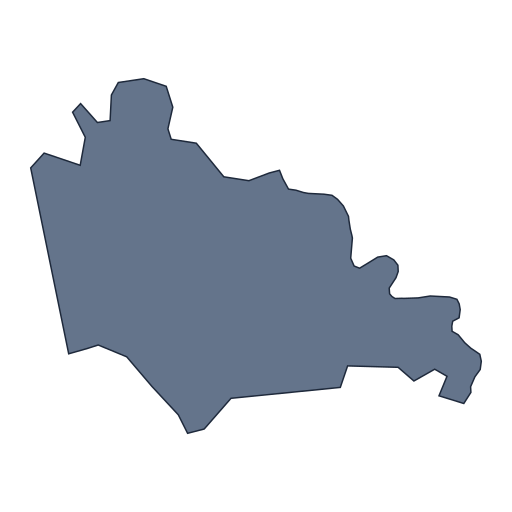 Saykhunabad, Sirdaryo, Uzbekistan
{"feature_id": "79887680B2941590396585", "entity_name": "Saykhunabad", "entity_type": "district", "adm_level": 2, "iso_a3": "UZB", "parent_name": "Uzbekistan", "parent_adm1": "Sirdaryo", "projection": "orthographic", "projection_center": [68.922, 40.647], "detail": "fine", "context": "isolated", "style": "filled", "palette": "slate", "viewbox_px": 512, "rotation_deg": 0, "n_neighbors": 0, "source": "geoboundaries", "source_scale": "gbopen_adm2", "svg_char_len": 1173}
<svg xmlns="http://www.w3.org/2000/svg" viewBox="0 0 512 512"><path d="M87.9,348.3L98.2,345.0L126.7,356.8L151.9,386.4L178.3,414.8L187.6,433.3L204.2,429.0L231.0,398.3L340.3,387.4L347.6,365.9L398.1,367.3L413.9,381.0L434.7,369.2L447.0,376.3L439.0,395.8L463.8,403.5L470.9,392.4L470.6,386.7L474.9,376.8L480.2,369.5L481.3,361.3L479.8,354.3L470.7,348.1L464.7,342.7L458.2,334.8L452.1,331.3L451.8,326.2L452.7,321.2L459.1,317.8L460.2,309.6L459.2,303.9L456.9,299.3L449.5,297.0L430.2,296.0L418.2,297.9L403.8,298.4L401.9,298.3L395.0,298.5L391.9,296.5L389.6,293.8L389.2,288.1L396.0,277.7L398.2,271.5L397.9,265.2L393.8,259.9L386.5,255.7L377.7,257.1L370.1,261.8L359.6,268.2L356.3,266.9L354.1,266.0L350.7,258.2L352.4,238.1L351.9,235.5L350.3,229.1L348.9,220.2L348.5,216.4L343.4,206.0L337.5,199.3L332.0,195.3L324.0,194.2L308.3,193.4L303.4,192.5L296.0,190.2L288.5,189.1L282.8,178.7L279.5,170.3L269.2,173.0L248.9,180.7L223.8,176.8L196.3,143.2L171.2,139.3L167.9,128.8L172.8,107.2L166.2,86.3L143.8,78.7L118.3,82.5L111.4,95.0L110.1,120.6L97.4,122.5L80.6,103.6L72.6,112.2L85.3,137.3L80.2,165.3L44.1,153.1L30.7,167.9L68.7,353.8L87.9,348.3Z" fill="#64748b" stroke="#1e293b" stroke-width="1.5"/></svg>